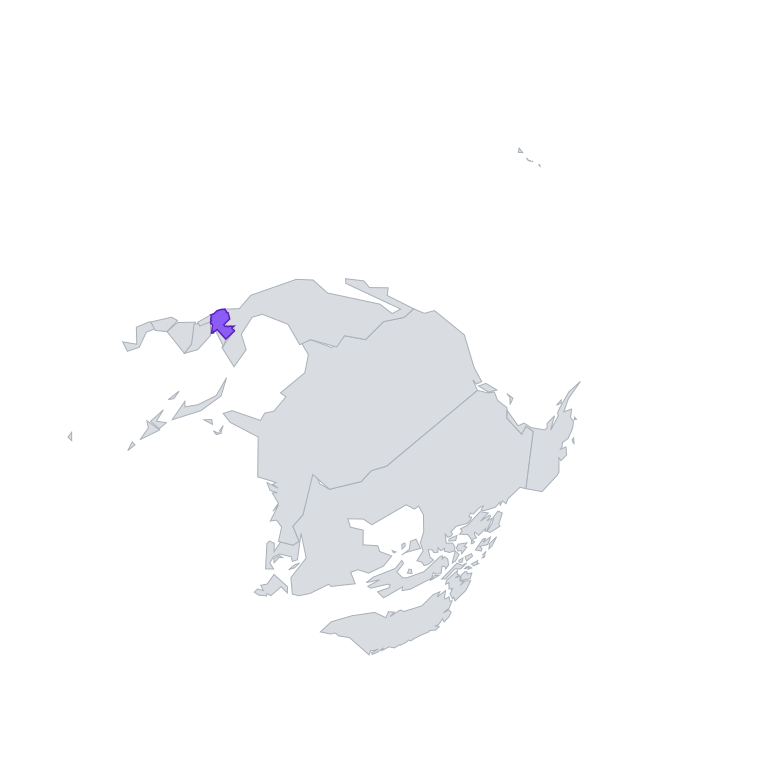 where Guatemala sits in North America, rotated 136°
{"feature_id": "GTM", "entity_name": "Guatemala", "entity_type": "country or territory", "adm_level": 0, "iso_a3": "GTM", "parent_name": "North America", "parent_adm1": "", "projection": "orthographic", "projection_center": [-90.227, 15.776], "detail": "coarse", "context": "in_parent", "style": "filled", "palette": "violet", "viewbox_px": 768, "rotation_deg": 136, "n_neighbors": 17, "source": "natural_earth", "source_scale": "50m", "svg_char_len": 9533}
<svg xmlns="http://www.w3.org/2000/svg" viewBox="0 0 768 768"><g transform="rotate(136 384 384)"><path d="M321.3,314.6L315.2,305.1L310.2,301.6L313.7,293.4L312.0,281.6L319.4,274.0L319.8,252.3L311.3,254.9L309.5,246.2L354.6,210.1L357.9,215.2L374.8,215.3L379.4,213.1L380.0,217.7L385.0,215.7L382.6,218.5L389.6,218.0L400.1,223.4L401.8,225.8L397.3,227.4L401.0,228.7L410.2,228.5L411.6,231.2L415.2,229.3L413.6,227.4L415.8,226.1L420.9,225.9L430.7,231.4L438.5,231.2L438.8,228.6L441.2,228.0L444.8,229.5L444.2,233.5L449.9,226.2L445.2,222.0L446.1,217.6L449.1,214.9L453.9,217.3L456.7,221.8L454.5,223.7L458.9,224.6L458.9,228.7L462.1,225.5L465.2,228.1L464.6,231.2L467.3,234.1L471.2,227.3L470.7,222.9L477.7,223.6L481.3,225.5L480.6,229.8L483.1,234.0L471.8,236.7L468.1,244.6L458.2,250.0L446.4,262.6L444.0,272.1L449.1,273.0L452.0,281.7L490.6,291.2L492.7,301.2L503.6,312.1L507.6,304.4L500.5,293.3L510.8,282.9L500.8,271.9L503.5,266.5L497.9,254.9L510.8,253.4L526.4,258.6L531.8,268.6L538.8,271.7L543.5,260.3L562.6,275.1L563.0,278.4L582.7,284.7L592.2,290.7L595.9,296.5L585.6,309.3L560.8,312.9L547.4,334.2L568.4,317.7L573.1,320.0L570.7,324.2L577.3,334.3L583.9,336.5L590.5,334.6L591.9,327.6L597.6,333.3L579.0,350.6L575.4,350.6L573.6,345.6L579.5,339.8L568.0,342.2L561.4,331.3L554.5,329.8L548.5,345.0L533.0,346.3L499.3,368.4L495.6,366.7L499.6,356.8L496.4,346.2L468.1,329.6L453.3,330.5L439.3,323.2L321.3,314.6ZM479.3,255.1L481.3,252.8L485.6,252.7L482.5,256.3L479.3,255.1ZM480.7,211.2L477.6,208.1L487.6,210.7L483.3,210.8L480.7,211.2ZM493.8,258.4L492.1,254.9L494.4,255.8L493.8,258.4ZM453.7,203.8L452.6,205.2L448.0,203.9L451.9,201.5L453.7,203.8ZM454.4,195.3L451.0,195.1L450.8,194.2L453.7,194.3L454.4,195.3ZM448.7,190.8L452.4,192.4L449.5,194.1L448.7,190.8ZM478.1,203.6L455.8,204.4L453.8,199.2L448.9,197.7L457.5,197.8L461.5,201.7L475.0,201.0L478.1,203.6ZM428.7,192.0L432.4,192.5L426.8,192.8L428.7,192.0ZM432.2,189.7L434.0,190.7L429.8,190.9L432.2,189.7ZM598.7,300.8L598.8,309.6L612.5,310.4L613.7,314.6L615.7,313.2L620.8,319.2L621.9,324.4L617.3,324.4L614.3,319.2L612.4,324.8L607.1,321.3L595.4,323.4L594.2,305.1L598.7,300.8ZM471.9,240.3L485.6,247.8L490.1,248.7L480.9,247.4L474.2,252.4L468.8,250.2L471.9,240.3ZM479.5,214.1L484.6,211.2L507.4,218.0L514.6,222.8L511.6,225.1L532.8,230.5L533.0,239.0L522.2,234.1L519.2,235.0L520.3,237.4L535.3,246.3L536.2,249.7L523.0,246.1L534.8,253.5L525.9,252.5L504.1,243.5L493.7,244.7L494.6,241.3L505.2,239.9L505.3,231.8L502.2,228.7L485.6,221.2L463.2,220.9L461.3,219.5L463.6,217.7L460.4,217.7L459.7,213.9L463.2,209.0L468.1,208.0L466.9,210.4L468.8,212.6L474.8,208.0L479.1,211.6L479.5,214.1ZM448.4,209.2L455.6,207.0L459.2,207.9L448.8,214.4L448.4,209.2ZM409.1,195.9L418.8,192.5L423.0,192.6L418.5,195.9L409.1,195.9ZM301.1,284.2L307.6,281.6L302.6,287.1L302.4,291.8L301.1,284.2ZM440.6,189.0L445.7,190.9L446.2,193.8L439.4,191.9L441.1,191.0L440.6,189.0ZM317.4,316.9L310.3,313.7L306.9,301.3L314.4,305.6L317.4,316.9ZM399.4,201.2L410.7,203.5L412.2,206.4L402.7,208.8L396.8,212.5L390.2,213.4L388.6,209.0L398.7,203.5L399.4,201.2ZM430.1,196.3L433.5,201.2L420.3,203.8L418.3,202.4L422.9,201.3L413.6,200.0L420.8,196.4L428.0,200.7L427.9,197.4L430.1,196.3ZM424.2,209.1L429.2,211.1L428.3,217.6L434.0,223.5L430.0,223.7L429.7,226.7L422.0,224.4L403.5,225.4L398.6,218.7L410.0,218.4L399.1,216.3L399.2,214.8L404.9,214.0L399.3,212.2L412.3,207.0L413.6,207.9L411.4,209.5L421.0,209.3L421.7,214.5L423.5,213.0L424.2,209.1ZM439.1,211.6L437.7,209.1L446.1,208.0L444.1,210.7L446.8,212.4L445.8,215.8L441.9,217.2L434.7,212.1L439.1,211.6ZM428.5,207.6L431.1,207.6L432.2,208.5L429.4,210.8L428.5,207.6ZM439.9,198.7L447.5,199.3L445.7,203.5L438.9,201.2L439.9,198.7ZM452.1,187.1L457.4,184.0L465.3,189.6L461.3,192.9L456.0,192.7L454.7,191.4L456.0,189.5L452.1,187.1ZM458.4,182.2L468.6,178.6L483.6,178.6L481.9,182.1L483.9,181.8L482.3,187.2L476.4,189.1L478.3,189.4L477.7,190.0L479.6,191.4L475.4,195.9L478.8,197.2L475.4,199.4L460.9,198.8L463.4,196.4L462.5,194.1L467.4,195.2L462.8,192.6L466.2,189.5L463.5,186.9L469.1,186.1L462.6,186.1L458.4,182.2ZM498.6,231.7L494.6,233.4L493.2,231.4L495.5,228.3L498.6,231.7ZM441.2,221.6L446.5,226.0L444.8,227.4L436.8,224.4L441.2,221.6ZM569.1,313.9L576.0,313.9L581.6,316.6L573.9,316.0L569.1,313.9ZM577.5,329.5L580.0,332.1L587.2,331.7L584.7,335.0L578.4,333.3L577.5,329.5Z" fill="#d9dde1" stroke="#a8b0b8" stroke-width="1"/><path d="M321.3,314.6L439.3,323.2L453.3,330.5L468.1,329.6L496.4,346.2L498.0,368.4L533.0,346.3L548.5,345.0L554.5,329.8L561.4,331.3L569.3,344.0L557.0,352.2L555.8,360.6L561.0,364.4L543.7,370.4L552.4,369.6L542.8,371.6L540.1,383.2L536.3,379.9L539.9,386.6L536.6,394.4L532.5,382.4L533.7,389.1L530.1,388.3L539.4,404.9L511.3,433.3L521.3,463.2L520.2,474.5L511.8,470.4L498.2,443.7L490.0,445.9L482.2,441.0L463.4,442.8L464.6,449.5L433.2,447.1L418.0,457.6L414.9,470.9L406.1,467.0L396.2,446.4L378.8,446.1L366.4,428.7L341.0,429.2L323.2,417.9L310.4,417.5L306.0,406.9L296.7,401.7L292.1,363.5L307.7,333.4L312.0,317.9L317.6,319.7L317.1,325.4L321.3,314.6ZM354.6,210.1L309.5,246.2L311.3,254.9L319.8,252.3L319.4,274.0L313.8,279.1L316.5,260.8L310.4,258.6L308.5,250.4L300.2,239.3L297.1,239.3L294.0,242.3L283.4,242.7L296.2,235.0L280.7,240.0L279.3,242.6L274.0,244.8L256.5,249.9L240.9,249.4L261.5,245.4L274.0,239.1L266.5,235.7L273.2,230.1L273.5,225.7L278.6,221.5L282.2,219.8L289.5,217.0L296.6,217.9L299.5,215.1L302.5,214.4L296.8,212.4L302.0,206.1L310.0,206.0L309.5,209.4L319.3,199.1L322.9,198.0L345.1,196.8L354.6,210.1ZM288.7,209.1L288.8,210.4L287.4,213.2L285.0,213.5L288.7,209.1ZM123.5,454.1L126.5,457.3L122.9,459.8L123.5,454.1ZM125.0,444.8L124.5,447.9L124.5,445.2L125.0,444.8ZM123.8,442.5L124.6,444.2L123.4,443.1L123.8,442.5ZM121.9,440.5L123.1,441.2L122.8,441.4L121.9,440.5ZM120.7,432.2L120.1,434.7L119.8,433.0L120.7,432.2ZM270.1,224.9L272.0,226.2L269.9,227.7L270.1,224.9ZM269.8,247.2L274.6,248.9L267.6,249.4L269.8,247.2Z" fill="#d9dde1" stroke="#a8b0b8" stroke-width="1"/><path d="M576.7,508.0L577.9,519.3L560.6,518.7L573.6,515.4L567.5,507.4L576.7,508.0Z" fill="#d9dde1" stroke="#a8b0b8" stroke-width="1"/><path d="M580.1,522.2L577.3,506.8L598.1,513.4L584.0,516.1L580.1,522.2Z" fill="#d9dde1" stroke="#a8b0b8" stroke-width="1"/><path d="M528.5,465.9L534.5,462.7L534.9,464.5L528.5,465.9ZM534.8,461.4L539.8,464.1L539.2,468.9L537.8,464.6L534.8,461.4ZM532.6,478.1L535.4,474.0L538.4,483.3L532.6,478.1Z" fill="#d9dde1" stroke="#a8b0b8" stroke-width="1"/><path d="M494.2,176.5L494.2,173.2L499.1,171.3L506.1,171.2L504.9,174.5L511.9,173.0L515.1,174.3L512.7,171.2L517.7,171.1L522.5,175.1L523.7,174.5L531.7,177.6L538.7,179.8L543.4,180.6L543.9,182.6L548.3,183.0L553.7,184.8L553.6,185.5L559.8,186.9L562.9,191.4L570.7,193.7L567.7,194.6L575.1,195.6L580.2,197.6L579.8,199.2L572.3,197.5L576.6,199.3L578.6,201.5L582.9,199.5L585.0,225.6L591.6,234.2L591.9,238.5L596.3,241.5L602.0,249.9L587.1,249.6L568.1,239.6L549.4,226.2L544.9,214.5L539.0,217.2L535.0,212.7L541.3,212.5L529.3,210.2L527.7,206.6L511.0,198.1L494.6,198.3L488.1,195.7L493.7,193.9L483.3,192.7L489.6,187.7L489.0,186.6L485.1,185.9L487.4,181.9L485.6,180.8L492.7,177.5L500.3,178.2L494.2,176.5Z" fill="#d9dde1" stroke="#a8b0b8" stroke-width="1"/><path d="M310.4,417.5L323.2,417.9L341.0,429.2L366.4,428.7L378.8,446.1L392.3,443.5L406.1,467.0L417.3,470.8L411.6,493.7L423.1,518.7L432.5,523.6L452.1,518.9L459.4,504.4L479.9,500.6L475.2,523.0L454.7,526.1L451.7,529.9L458.1,538.0L449.7,538.0L446.5,548.4L435.7,538.7L418.1,540.3L374.4,520.2L362.8,508.1L361.4,488.7L331.4,444.1L329.3,429.0L320.0,426.4L341.6,482.9L338.5,486.4L326.8,472.1L327.5,463.5L314.2,450.3L320.2,445.4L310.4,417.5Z" fill="#d9dde1" stroke="#a8b0b8" stroke-width="1"/><path d="M545.9,585.8L542.7,595.8L534.2,584.3L522.7,596.9L509.4,591.6L508.7,582.1L518.8,586.4L534.7,580.5L545.9,585.8Z" fill="#d9dde1" stroke="#a8b0b8" stroke-width="1"/><path d="M511.3,581.4L508.6,590.6L490.4,579.6L488.4,573.1L503.7,572.4L511.3,581.4Z" fill="#d9dde1" stroke="#a8b0b8" stroke-width="1"/><path d="M503.7,572.4L489.9,571.7L476.7,559.5L494.7,546.3L506.3,544.6L503.7,572.4Z" fill="#d9dde1" stroke="#a8b0b8" stroke-width="1"/><path d="M506.3,544.6L494.7,546.3L479.1,559.0L465.5,549.3L475.0,539.4L494.1,538.1L506.3,544.6Z" fill="#d9dde1" stroke="#a8b0b8" stroke-width="1"/><path d="M465.5,549.3L476.3,553.6L475.1,557.9L460.6,554.0L465.5,549.3Z" fill="#d9dde1" stroke="#a8b0b8" stroke-width="1"/><path d="M466.7,526.2L473.4,522.4L468.2,539.3L466.2,539.3L466.7,526.2Z" fill="#d9dde1" stroke="#a8b0b8" stroke-width="1"/><path d="M605.4,513.2L614.6,514.1L605.4,517.2L605.4,513.2Z" fill="#d9dde1" stroke="#a8b0b8" stroke-width="1"/><path d="M536.3,521.2L545.3,519.4L550.0,522.6L536.3,521.2Z" fill="#d9dde1" stroke="#a8b0b8" stroke-width="1"/><path d="M509.5,488.6L534.1,492.0L561.2,505.4L539.2,509.9L543.1,505.8L532.3,498.4L512.7,492.2L492.9,497.9L509.5,488.6Z" fill="#d9dde1" stroke="#a8b0b8" stroke-width="1"/><path d="M642.2,566.3L648.0,560.2L648.2,565.3L642.2,566.3Z" fill="#d9dde1" stroke="#a8b0b8" stroke-width="1"/><path d="M446.4,548.4L446.9,547.4L446.8,546.5L446.9,545.5L447.5,544.8L446.7,543.7L446.7,543.4L449.8,538.0L458.2,538.0L458.2,537.4L458.4,535.9L458.1,535.5L457.0,535.0L457.0,534.7L456.5,533.7L454.8,532.6L453.9,531.8L452.6,530.3L452.0,529.9L454.7,530.0L454.7,526.1L466.6,526.1L466.2,539.2L468.4,539.2L470.4,540.1L470.8,539.5L470.4,538.8L472.8,540.3L468.0,544.3L466.7,545.1L466.3,546.3L466.7,547.6L466.7,548.0L465.9,548.6L465.4,549.3L465.0,549.2L464.0,549.5L464.2,550.5L463.4,550.9L462.9,551.7L462.0,551.9L460.9,552.8L460.5,553.3L460.6,554.0L458.0,552.9L457.2,552.7L453.6,552.7L452.1,552.2L449.2,550.6L446.4,548.4Z" fill="#8b5cf6" stroke="#5b21b6" stroke-width="1.5"/></g></svg>